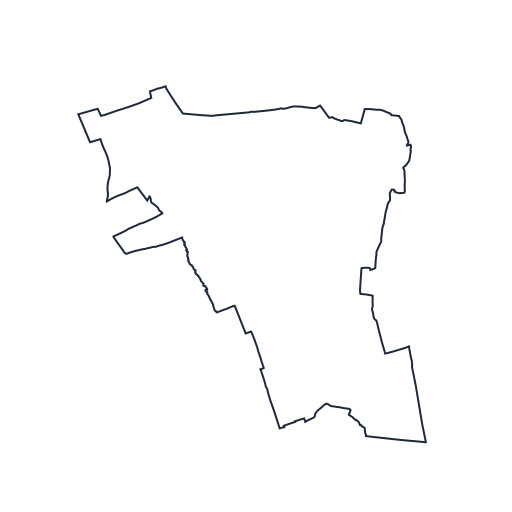 outline of Arsura, Vaslui, Romania, rotated 190°
{"feature_id": "2599482B94287985096117", "entity_name": "Arsura", "entity_type": "district", "adm_level": 2, "iso_a3": "ROU", "parent_name": "Romania", "parent_adm1": "Vaslui", "projection": "natural_earth1", "projection_center": [28.045, 46.802], "detail": "fine", "context": "isolated", "style": "outline", "palette": "slate", "viewbox_px": 512, "rotation_deg": 190, "n_neighbors": 0, "source": "geoboundaries", "source_scale": "gbopen_adm2", "svg_char_len": 6115}
<svg xmlns="http://www.w3.org/2000/svg" viewBox="0 0 512 512"><g transform="rotate(190 256 256)"><path d="M374.5,407.4L380.0,404.5L382.1,403.7L385.7,401.5L389.1,399.7L386.6,393.5L397.9,386.0L408.4,380.1L418.3,374.9L429.6,368.6L432.9,367.1L437.5,373.5L455.6,364.7L439.2,339.2L429.5,344.1L426.7,338.9L424.4,335.2L422.2,332.2L419.1,327.0L417.5,323.5L415.0,316.9L414.5,313.4L414.0,309.8L414.5,303.1L414.4,300.1L413.9,296.0L412.8,292.3L412.4,290.2L412.3,288.6L412.5,284.3L412.4,283.8L407.3,288.0L402.9,291.1L395.9,295.2L392.1,298.1L384.8,303.0L372.7,291.7L371.3,296.2L370.9,296.1L369.7,294.2L369.0,291.8L368.0,290.3L364.5,288.8L360.7,286.3L359.4,284.2L357.6,283.3L356.0,282.2L355.7,281.7L360.8,277.4L365.0,274.3L372.2,269.5L375.0,268.0L375.7,267.9L379.8,264.8L381.2,264.1L384.2,261.9L385.8,261.0L387.6,259.4L388.3,258.6L389.0,258.2L392.0,255.9L399.8,250.5L399.7,250.0L392.8,243.1L389.4,239.9L386.1,236.4L385.3,236.0L383.9,235.6L383.1,236.2L378.6,238.6L375.8,240.0L370.2,242.4L367.9,243.3L366.7,243.6L365.5,244.2L358.4,247.3L358.1,247.4L357.0,247.4L356.0,247.8L353.9,249.0L349.2,251.2L344.6,253.7L332.0,261.4L331.8,260.9L331.7,260.5L331.6,260.3L331.3,259.9L331.1,259.4L330.4,258.5L329.8,258.1L329.4,257.2L328.8,257.2L328.5,257.1L328.6,256.9L328.5,256.4L328.7,255.7L328.5,255.3L328.2,255.0L328.6,254.4L328.2,254.1L327.7,253.9L327.1,252.7L326.4,252.1L325.8,251.1L325.1,250.6L325.1,249.7L325.6,249.3L325.3,249.0L323.9,248.3L323.9,247.4L324.1,247.1L323.8,246.7L323.8,245.6L323.9,245.1L323.8,244.0L322.7,242.8L322.4,242.0L322.5,241.7L322.3,241.3L321.9,240.8L321.8,239.9L321.9,239.7L321.3,239.0L321.2,238.7L321.3,238.7L320.5,237.8L320.3,237.4L319.8,237.0L319.8,236.6L319.4,236.3L318.8,236.0L317.8,235.8L317.1,234.8L316.0,234.3L315.8,234.0L315.7,233.4L315.5,232.9L315.1,232.4L314.7,232.0L313.9,231.8L313.2,231.4L312.9,230.9L313.2,229.6L312.8,229.0L312.3,228.7L312.3,228.3L311.9,227.7L310.1,227.0L309.8,226.7L309.8,226.4L309.6,226.2L309.0,226.0L308.7,225.5L307.4,224.3L306.3,222.8L306.3,222.5L305.8,221.7L304.6,221.0L304.0,220.2L302.8,219.7L302.8,217.9L302.6,217.6L302.1,217.4L300.7,217.5L300.7,217.3L299.4,216.2L298.7,215.3L298.3,214.8L298.2,214.4L298.4,214.2L299.2,214.2L299.7,214.0L299.7,212.9L299.4,212.5L298.8,212.3L298.4,212.4L297.7,211.8L297.5,211.6L297.6,210.4L297.5,210.2L297.1,209.8L296.3,209.3L295.8,208.7L295.4,207.9L294.3,206.6L293.4,205.0L292.5,204.3L291.4,202.7L291.0,202.4L290.3,201.3L289.8,200.9L289.7,200.3L289.4,199.4L289.4,199.0L289.0,198.6L288.5,197.9L287.9,196.3L286.7,194.9L286.3,194.9L285.9,194.7L285.2,193.8L284.8,193.6L278.3,197.5L275.3,199.1L274.1,200.1L272.6,200.9L270.2,202.5L268.3,203.3L252.7,177.9L247.8,180.7L246.3,178.7L242.9,173.2L240.4,168.8L238.8,165.9L237.0,162.1L234.9,158.4L231.6,151.9L229.0,147.3L228.9,147.0L229.1,146.8L232.0,145.2L231.0,143.7L225.6,133.6L223.5,128.8L222.8,128.2L222.2,127.5L221.2,125.4L220.3,123.2L219.3,121.3L216.0,114.7L215.0,113.1L209.5,103.2L202.8,90.4L198.4,92.4L199.1,93.7L188.6,99.5L188.9,100.0L180.5,104.4L178.8,101.6L178.7,101.2L178.5,101.3L177.7,102.2L172.6,105.8L171.0,107.1L170.5,107.8L170.2,109.0L170.2,111.1L168.7,114.1L168.2,114.8L166.4,116.8L162.8,121.4L160.7,122.9L160.3,122.7L159.6,122.6L158.8,122.4L157.1,121.5L155.9,121.3L154.2,121.3L151.0,121.4L150.2,121.3L148.1,121.6L142.6,121.4L141.4,121.6L137.9,121.6L137.0,121.4L136.4,121.0L136.1,120.6L136.3,119.8L136.4,118.3L136.6,117.5L137.1,116.6L136.9,115.7L133.0,114.1L131.9,113.3L130.7,112.6L129.7,111.8L129.1,112.0L126.8,110.9L125.7,110.0L124.3,107.6L123.7,107.4L123.3,107.6L122.8,107.6L121.9,106.6L121.5,106.4L120.4,106.2L119.2,105.5L118.9,105.0L118.5,103.1L117.5,100.3L117.4,99.9L117.0,99.5L116.5,98.7L116.4,97.7L84.0,99.8L56.4,102.1L57.3,104.5L63.0,118.9L75.6,154.5L80.0,166.0L83.1,173.8L83.4,175.3L83.2,176.0L83.8,177.5L84.0,178.5L84.4,179.9L85.9,183.2L88.0,188.8L89.3,192.3L89.4,193.3L89.6,193.6L93.0,191.5L103.6,186.1L111.8,182.3L117.3,193.5L121.5,202.8L125.2,211.3L126.4,213.4L128.2,214.4L128.8,215.0L129.8,216.9L130.5,219.1L131.7,222.0L132.3,222.9L132.5,223.5L132.4,226.8L132.5,227.8L133.2,230.7L134.2,237.1L135.7,237.3L138.4,237.2L140.0,237.3L146.6,236.8L147.6,239.9L149.8,260.1L149.9,262.5L147.6,263.1L145.4,263.6L143.2,263.9L141.7,263.8L141.2,263.1L141.0,262.1L139.9,262.6L136.5,264.7L136.6,266.8L136.9,267.8L136.9,268.7L137.3,272.0L137.6,276.8L137.5,278.0L137.6,278.4L137.8,278.8L138.0,280.3L137.9,281.8L137.2,284.8L136.8,286.0L136.4,287.3L136.3,288.4L135.5,290.7L135.3,292.1L135.3,293.2L135.5,294.0L135.7,294.4L136.1,301.5L136.2,302.6L136.4,303.5L136.3,306.8L135.8,309.5L135.9,314.0L135.8,314.7L135.7,315.0L135.9,315.6L135.9,320.8L135.8,323.7L135.4,326.4L135.4,328.4L135.2,330.4L134.9,331.3L134.6,332.4L134.0,333.3L133.7,334.2L134.1,336.7L134.9,340.0L135.1,340.7L135.2,341.2L134.3,343.6L134.0,344.9L133.5,345.1L131.6,345.2L131.1,345.0L130.7,343.4L130.1,343.5L128.8,342.9L128.1,342.8L126.3,342.9L125.7,342.8L125.1,342.8L124.6,343.1L123.9,343.3L123.0,343.3L121.2,344.0L120.8,344.3L120.7,345.8L122.0,352.0L122.2,354.2L122.6,356.7L123.4,360.1L123.6,361.4L123.9,361.9L124.1,362.8L124.3,364.5L125.1,366.9L125.5,367.4L126.1,367.9L126.3,368.3L126.2,368.9L125.1,370.3L124.1,371.3L121.8,376.1L121.6,377.0L121.7,378.8L121.6,380.1L121.7,381.4L121.7,385.7L122.0,386.8L122.4,387.5L122.3,388.1L122.4,389.0L122.2,390.0L122.3,390.6L122.7,391.8L123.2,392.4L126.4,390.9L126.7,391.2L125.6,394.1L125.9,395.2L128.3,399.8L130.9,403.8L131.7,406.0L132.1,407.2L133.6,410.4L135.0,412.4L135.6,413.9L136.8,415.9L138.5,417.6L139.1,418.1L139.3,418.7L147.2,418.2L147.5,418.8L148.4,419.6L152.2,420.3L155.5,421.2L159.5,421.6L161.9,421.0L169.0,420.5L174.4,419.6L175.8,404.8L185.6,405.4L191.7,405.3L193.0,405.0L193.7,404.2L194.2,403.9L195.2,403.8L196.1,403.8L197.2,404.2L199.2,404.4L203.3,405.2L204.9,406.0L208.0,404.8L219.0,415.3L222.5,412.4L224.1,411.7L230.5,411.2L237.5,410.9L243.5,410.1L246.8,409.2L247.5,408.7L249.8,407.8L250.4,407.3L253.1,406.2L255.0,405.6L257.2,405.8L258.1,405.2L262.6,403.5L269.5,401.4L283.2,397.5L283.9,397.6L285.7,397.2L287.3,396.4L319.0,387.8L323.5,386.4L335.1,385.1L352.8,383.6L362.3,393.2L369.6,401.1L373.4,405.3L374.0,406.5L374.5,407.4Z" fill="none" stroke="#1e293b" stroke-width="2"/></g></svg>